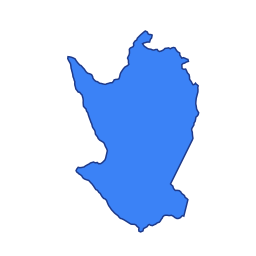 Itabela, Bahia, Brazil (Robinson projection), rotated 193°
{"feature_id": "56859067B84732320584275", "entity_name": "Itabela", "entity_type": "district", "adm_level": 2, "iso_a3": "BRA", "parent_name": "Brazil", "parent_adm1": "Bahia", "projection": "robinson", "projection_center": [-39.521, -16.666], "detail": "fine", "context": "isolated", "style": "filled", "palette": "blue", "viewbox_px": 256, "rotation_deg": 193, "n_neighbors": 0, "source": "geoboundaries", "source_scale": "gbopen_adm2", "svg_char_len": 4088}
<svg xmlns="http://www.w3.org/2000/svg" viewBox="0 0 256 256"><g transform="rotate(193 128 128)"><path d="M53.5,71.6L54.8,72.5L56.7,73.2L57.6,74.6L58.6,75.3L60.2,75.9L61.4,76.7L62.3,77.7L64.0,78.5L66.1,78.3L67.9,77.8L69.3,78.7L70.4,79.8L71.2,81.4L72.8,82.3L74.0,83.1L62.6,131.0L62.4,132.6L63.1,134.3L63.9,136.6L64.4,138.4L65.3,139.8L65.8,141.5L65.2,143.6L64.5,145.7L64.8,147.8L64.1,149.5L64.1,151.7L64.3,153.8L63.2,155.3L62.6,156.8L62.6,158.8L63.7,159.9L65.4,161.9L66.5,164.8L67.4,166.7L67.8,168.9L68.2,172.5L68.0,178.9L68.5,181.3L69.1,183.0L69.1,184.9L70.2,185.6L71.3,186.0L72.3,186.9L73.0,185.5L74.3,184.8L75.4,185.7L76.6,187.2L77.7,188.2L79.0,189.4L79.6,191.7L80.5,193.7L82.3,194.9L83.2,196.0L84.2,197.4L85.1,198.4L87.0,197.7L88.7,198.2L89.4,200.4L89.8,201.9L88.8,203.3L87.4,204.0L86.0,205.4L84.1,206.5L85.0,208.3L86.4,208.4L88.1,208.8L89.9,209.0L91.3,208.2L92.5,209.3L93.9,210.7L94.5,212.7L96.6,213.4L98.0,214.3L99.1,215.4L100.3,216.7L101.8,216.7L103.3,215.9L104.6,214.7L106.5,215.2L108.1,214.5L109.8,213.9L111.0,212.1L112.9,210.5L114.6,209.6L116.1,210.0L117.2,211.1L118.7,210.7L120.3,209.7L122.0,209.6L123.2,209.9L124.6,209.8L126.0,209.7L127.5,210.1L128.8,210.7L130.4,211.2L132.8,213.4L131.5,214.5L130.1,215.2L129.0,215.9L127.7,216.3L126.3,216.6L126.2,218.2L126.0,219.7L125.3,220.9L125.3,222.4L125.4,224.0L126.8,224.2L128.3,223.9L129.5,224.2L130.8,225.9L133.0,226.4L134.2,225.0L135.2,223.6L136.6,221.7L137.9,219.6L139.1,217.6L139.3,215.7L140.6,214.5L141.2,213.2L141.7,211.7L141.0,209.9L141.3,208.4L142.4,207.5L143.7,206.5L144.4,205.0L143.9,203.3L143.4,201.3L143.4,199.4L143.9,197.6L144.2,196.0L143.3,194.9L142.7,193.7L142.3,191.8L141.5,190.2L142.5,188.7L143.6,187.7L144.7,186.7L145.7,184.9L146.5,182.9L147.4,180.5L147.7,178.8L147.7,177.0L147.7,175.2L148.0,173.8L149.3,173.0L150.8,172.6L152.3,171.8L152.7,170.2L153.6,168.6L155.6,168.0L157.2,167.0L158.5,166.4L159.6,165.5L160.9,165.3L162.5,165.3L164.2,165.4L165.7,165.2L167.2,165.9L168.5,166.3L169.7,166.2L171.0,166.8L172.4,167.7L173.4,168.7L174.1,170.2L175.5,171.8L177.4,172.2L179.7,172.3L181.6,173.4L182.7,174.4L183.8,175.5L185.3,176.5L186.7,177.5L187.9,178.3L189.2,178.5L190.3,179.3L191.6,180.2L193.4,181.7L195.2,183.5L197.4,184.0L198.9,184.2L200.7,184.2L202.5,184.0L202.3,182.1L201.1,180.5L199.6,178.9L198.4,177.5L197.6,175.5L196.9,173.5L196.1,172.1L195.5,170.8L194.7,169.4L193.9,167.7L193.1,165.6L191.9,163.9L191.2,162.5L190.2,161.1L189.9,159.2L189.3,157.6L188.4,156.0L187.6,154.3L186.0,153.0L184.6,151.8L183.1,151.9L181.6,150.7L180.3,149.9L179.3,148.2L178.5,146.7L177.8,144.8L177.4,142.6L176.9,141.0L176.3,139.2L174.9,138.1L173.3,137.2L172.2,135.2L170.6,133.8L169.6,131.9L168.3,129.8L167.3,128.2L166.2,126.6L165.6,125.5L164.5,124.2L163.7,122.8L162.9,121.1L161.6,119.7L160.4,118.7L159.2,117.1L158.4,114.8L157.0,113.5L155.9,112.7L154.6,111.0L152.8,109.8L150.8,109.2L149.0,108.6L147.7,107.7L146.9,106.5L146.2,105.4L145.3,104.3L144.2,103.1L143.0,101.2L143.0,93.7L143.3,91.6L144.2,90.2L145.2,88.6L146.6,87.1L148.6,86.6L150.3,87.5L151.5,86.8L152.8,86.8L153.9,87.1L155.5,86.2L156.7,85.5L157.7,84.3L158.9,83.3L159.8,82.5L161.1,81.3L162.1,80.1L163.2,79.6L164.3,79.1L166.0,78.5L167.7,78.5L168.7,76.4L169.0,74.7L167.9,73.5L166.5,72.9L165.4,72.2L163.9,71.8L162.2,70.9L161.3,69.9L160.2,69.0L158.7,68.5L156.3,68.2L154.5,68.1L153.3,67.3L152.1,66.4L150.5,65.4L148.5,63.7L147.1,62.3L145.5,60.8L144.0,60.5L143.0,59.8L141.9,58.7L140.3,58.0L138.8,56.3L137.6,55.1L135.9,53.9L134.3,53.7L132.7,52.7L131.4,50.8L130.2,49.1L129.1,47.8L127.6,46.5L126.7,45.6L125.6,44.6L123.8,43.4L122.1,42.2L120.5,41.4L119.1,40.8L118.0,40.3L116.6,39.1L115.1,38.2L113.6,38.2L111.1,37.6L107.0,36.2L105.3,35.6L103.4,35.0L101.4,35.3L99.8,35.6L98.3,35.2L97.4,34.4L96.2,33.8L94.8,33.0L94.7,31.4L94.1,29.9L92.3,29.6L90.3,31.1L90.2,33.5L88.5,35.0L87.2,36.2L86.5,37.9L85.6,38.8L83.9,38.3L82.2,38.4L80.8,39.6L79.5,40.5L78.1,42.2L76.3,43.3L75.5,44.8L75.1,46.4L74.4,47.8L74.1,49.4L73.0,50.9L71.6,51.5L70.1,51.8L68.2,51.9L66.1,52.7L64.2,52.3L61.9,51.2L59.9,50.8L58.3,51.3L56.7,52.5L55.9,54.1L54.9,55.0L53.8,54.7L53.5,71.6Z" fill="#3b82f6" stroke="#1e3a8a" stroke-width="1.5"/></g></svg>